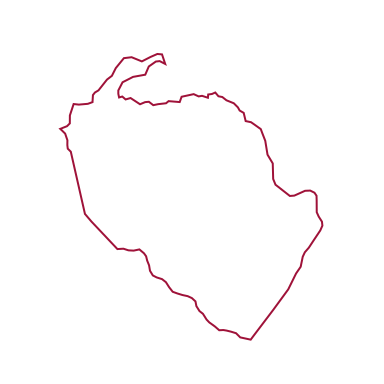 outline of Glorinha, Rio Grande do Sul, Brazil, rotated 315°
{"feature_id": "56859067B49954070433936", "entity_name": "Glorinha", "entity_type": "district", "adm_level": 2, "iso_a3": "BRA", "parent_name": "Brazil", "parent_adm1": "Rio Grande do Sul", "projection": "robinson", "projection_center": [-50.759, -29.883], "detail": "fine", "context": "isolated", "style": "outline", "palette": "rose", "viewbox_px": 384, "rotation_deg": 315, "n_neighbors": 0, "source": "geoboundaries", "source_scale": "gbopen_adm2", "svg_char_len": 1682}
<svg xmlns="http://www.w3.org/2000/svg" viewBox="0 0 384 384"><g transform="rotate(315 192 192)"><path d="M265.1,69.9L258.2,67.2L248.9,64.2L244.6,54.0L238.5,49.2L225.7,50.5L217.5,53.2L211.4,52.4L197.7,54.0L193.7,53.0L190.5,53.4L185.2,58.1L180.7,56.0L173.8,50.2L170.5,46.1L159.8,51.5L154.1,57.1L150.2,57.1L143.5,54.2L143.6,61.0L140.5,67.3L137.0,70.7L134.8,73.5L134.8,77.8L100.8,131.8L100.0,141.7L98.9,179.6L103.4,183.6L105.8,188.3L109.3,192.2L114.2,195.4L114.7,201.4L114.1,205.0L111.8,208.8L109.8,213.5L106.6,218.0L105.3,223.3L106.6,227.4L109.2,232.4L109.8,237.3L108.5,243.2L107.8,248.9L109.9,253.4L112.4,258.1L115.3,262.6L116.9,266.9L117.1,271.8L114.4,275.8L113.1,281.5L113.6,285.9L112.1,292.5L112.0,296.4L113.1,303.2L113.5,309.0L116.6,311.8L118.5,314.5L120.8,318.3L123.3,323.0L123.3,328.9L129.1,337.9L134.7,337.1L166.0,332.8L191.2,328.9L208.0,323.2L216.0,321.7L224.5,316.1L229.2,314.4L235.2,314.0L243.9,312.2L255.5,309.9L260.4,308.0L262.9,304.9L264.2,299.0L265.9,294.5L274.1,286.2L277.4,282.7L278.1,279.1L276.6,274.6L272.8,271.1L261.8,266.9L258.4,264.0L256.2,245.9L258.6,240.2L269.3,228.9L271.8,219.0L280.0,207.6L283.4,199.9L285.1,196.2L283.8,188.3L283.1,184.4L280.1,179.8L284.5,172.6L283.3,168.1L284.3,164.6L284.3,158.8L281.2,151.5L280.6,146.3L278.4,143.0L278.8,138.1L275.4,136.8L272.4,134.5L269.9,136.6L267.1,131.1L264.3,129.1L262.4,124.0L252.0,117.3L246.9,119.7L239.7,111.2L236.4,110.9L230.1,105.9L226.0,103.2L225.3,97.7L222.4,95.3L217.3,93.2L215.0,82.1L210.5,79.6L210.2,75.2L207.3,73.6L209.3,70.5L211.7,68.1L220.5,65.3L228.5,67.9L231.7,68.9L241.9,76.0L250.2,72.7L258.7,74.2L261.7,76.6L263.6,82.5L268.1,73.5L265.1,69.9Z" fill="none" stroke="#9f1239" stroke-width="2"/></g></svg>